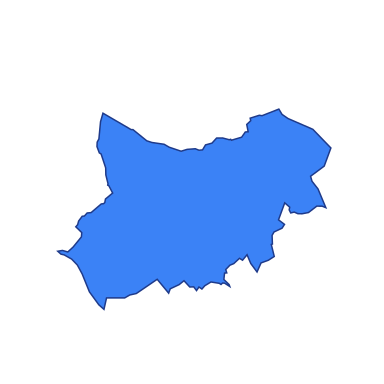 outline of Tallaght South Lea-5, South Dublin, Ireland, rotated 73°
{"feature_id": "5873133B83061459918127", "entity_name": "Tallaght South Lea-5", "entity_type": "district", "adm_level": 2, "iso_a3": "IRL", "parent_name": "Ireland", "parent_adm1": "South Dublin", "projection": "natural_earth1", "projection_center": [-6.402, 53.257], "detail": "fine", "context": "isolated", "style": "filled", "palette": "blue", "viewbox_px": 384, "rotation_deg": 73, "n_neighbors": 0, "source": "geoboundaries", "source_scale": "gbopen_adm2", "svg_char_len": 1688}
<svg xmlns="http://www.w3.org/2000/svg" viewBox="0 0 384 384"><g transform="rotate(73 192 192)"><path d="M190.5,46.3L167.4,58.1L149.8,78.7L144.1,83.2L138.1,84.7L139.5,102.7L138.3,105.2L138.4,114.8L141.0,115.0L143.4,119.9L150.8,120.7L150.2,123.5L154.1,128.5L154.0,139.2L152.9,139.6L152.9,141.1L149.3,146.9L147.6,152.7L151.1,158.6L150.9,165.3L154.8,169.6L154.1,173.1L151.6,176.2L149.8,184.2L149.8,190.5L142.5,200.7L138.2,204.7L132.9,215.9L129.8,220.3L115.1,230.2L114.5,232.0L90.6,254.1L98.0,258.9L114.0,265.5L116.6,268.1L120.8,269.6L127.5,269.2L129.1,267.8L143.7,267.5L150.5,269.4L159.5,269.9L160.8,270.6L161.7,269.7L169.8,268.2L173.4,276.8L176.6,278.5L177.3,279.9L176.9,282.3L182.2,294.5L181.4,298.4L183.5,301.9L183.1,304.1L186.6,308.9L189.8,310.9L191.3,313.3L198.6,309.3L202.6,310.9L209.9,321.8L213.0,328.3L210.0,333.0L209.4,337.7L213.1,335.5L214.8,332.6L221.0,326.7L228.3,323.0L238.2,321.0L257.5,319.3L272.6,314.1L278.5,310.5L268.3,304.7L273.6,287.3L272.3,281.7L272.8,274.9L265.3,250.8L281.9,243.9L278.2,241.1L276.8,231.3L274.5,225.6L282.2,221.9L283.2,218.1L287.6,216.5L284.9,213.1L287.7,210.9L285.4,207.2L283.6,200.2L287.3,192.6L288.9,191.3L288.0,189.4L288.7,187.5L293.4,183.5L291.3,183.6L285.0,187.1L279.1,184.6L279.5,182.4L276.0,182.4L273.1,177.2L272.7,173.0L269.3,166.0L272.0,163.6L268.1,157.7L277.6,156.7L287.5,153.2L280.0,146.7L279.6,138.9L277.7,132.2L265.3,131.5L265.3,130.3L256.9,128.1L254.2,125.2L252.9,116.4L250.0,113.0L243.9,117.4L229.5,106.5L235.1,103.0L237.5,104.3L240.9,103.7L241.1,100.1L243.7,97.1L245.0,93.1L245.7,86.6L242.0,76.8L243.6,71.7L246.1,68.6L225.9,70.6L216.8,74.1L211.6,74.0L205.9,58.0L190.5,46.3Z" fill="#3b82f6" stroke="#1e3a8a" stroke-width="1.5"/></g></svg>